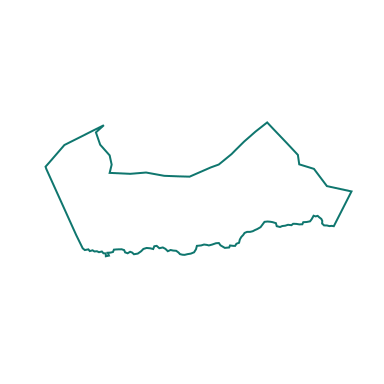 the district of Capitão de Campos, Piauí, Brazil, rotated 138°
{"feature_id": "56859067B28975219181336", "entity_name": "Capitão de Campos", "entity_type": "district", "adm_level": 2, "iso_a3": "BRA", "parent_name": "Brazil", "parent_adm1": "Piauí", "projection": "mercator", "projection_center": [-41.893, -4.526], "detail": "fine", "context": "isolated", "style": "outline", "palette": "teal", "viewbox_px": 384, "rotation_deg": 138, "n_neighbors": 0, "source": "geoboundaries", "source_scale": "gbopen_adm2", "svg_char_len": 1829}
<svg xmlns="http://www.w3.org/2000/svg" viewBox="0 0 384 384"><g transform="rotate(138 192 192)"><path d="M85.9,127.6L93.8,140.8L88.5,148.7L88.8,164.4L89.4,184.6L89.6,193.4L104.4,194.4L119.4,194.6L130.2,194.1L132.2,194.0L137.3,193.7L153.7,194.5L161.6,197.7L183.5,205.0L191.4,212.5L201.8,222.6L213.1,237.2L225.7,246.8L234.3,255.3L240.4,261.3L233.4,266.1L228.7,274.3L228.6,288.6L223.5,300.6L212.8,300.6L224.3,303.8L255.4,312.3L272.2,310.2L278.6,309.4L283.9,308.8L284.9,306.5L306.9,237.4L310.9,223.3L310.5,220.6L307.4,218.7L307.5,216.5L304.9,215.2L304.3,213.1L302.3,211.6L301.4,209.5L298.8,208.1L298.8,205.7L297.2,204.1L299.0,201.9L296.3,200.3L295.2,203.2L293.1,201.5L290.9,200.3L288.6,201.4L286.1,199.5L282.6,196.5L281.3,194.2L282.1,191.9L280.8,189.5L278.0,189.0L277.0,187.1L276.8,184.6L273.5,182.5L269.4,182.0L266.2,182.2L263.2,180.8L260.7,178.1L259.0,175.6L256.3,176.9L254.3,175.6L253.9,172.1L250.8,170.3L249.8,167.5L249.6,164.2L246.7,163.2L245.2,161.1L243.1,158.9L242.5,156.0L242.5,153.9L241.1,151.8L239.5,150.2L236.9,148.8L234.1,147.0L230.8,145.8L227.3,146.8L224.4,148.7L221.0,146.2L218.2,144.9L216.4,142.8L215.2,141.0L212.3,139.5L208.5,137.9L206.2,136.1L206.5,133.3L205.0,128.5L201.5,125.9L199.5,126.8L197.7,124.7L196.0,123.1L193.6,123.8L191.0,122.8L188.2,124.7L185.4,125.6L182.7,125.8L180.3,126.4L177.7,125.5L175.5,123.5L173.1,122.2L170.7,121.6L168.3,120.8L164.6,120.0L161.5,120.6L158.1,121.3L155.7,119.6L153.8,117.6L152.3,115.7L150.5,112.7L151.9,109.9L150.0,107.1L147.7,106.3L145.3,104.6L142.6,103.4L140.3,100.8L138.1,100.7L135.9,98.6L133.9,96.1L131.6,94.2L129.5,95.1L126.9,93.0L123.9,91.2L121.3,91.7L117.5,93.0L116.5,91.2L114.6,90.2L114.4,88.2L113.9,85.5L114.5,83.4L116.4,81.5L116.2,78.8L114.1,76.8L112.7,74.7L110.9,73.4L109.5,71.7L73.1,85.7L87.8,106.1L85.9,127.6Z" fill="none" stroke="#0f766e" stroke-width="2"/></g></svg>